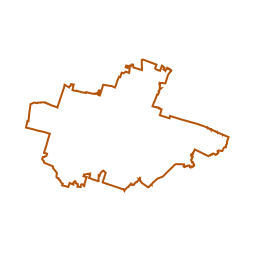 outline of Silao de la Victoria, Guanajuato, Mexico, rotated 102°
{"feature_id": "50627088B90006920351190", "entity_name": "Silao de la Victoria", "entity_type": "district", "adm_level": 2, "iso_a3": "MEX", "parent_name": "Mexico", "parent_adm1": "Guanajuato", "projection": "albers", "projection_center": [-101.426, 20.976], "detail": "fine", "context": "isolated", "style": "outline", "palette": "amber", "viewbox_px": 256, "rotation_deg": 102, "n_neighbors": 0, "source": "geoboundaries", "source_scale": "gbopen_adm2", "svg_char_len": 5588}
<svg xmlns="http://www.w3.org/2000/svg" viewBox="0 0 256 256"><g transform="rotate(102 128 128)"><path d="M136.0,36.5L135.2,35.8L134.8,35.7L134.6,35.2L134.2,35.1L134.0,34.7L133.5,34.6L133.3,34.5L133.1,34.5L132.4,35.1L132.2,35.4L131.9,35.6L131.2,34.9L130.9,31.0L127.1,30.0L126.5,29.3L126.6,28.4L125.7,28.2L124.6,28.5L124.1,28.5L123.2,28.1L122.4,28.0L121.6,28.2L120.0,28.4L119.6,28.2L116.8,27.7L116.2,28.0L116.0,27.9L114.8,33.8L115.0,33.9L114.8,34.0L113.8,38.9L114.2,39.2L113.9,39.5L113.7,39.5L113.2,40.0L113.4,40.2L113.5,40.2L113.4,41.2L113.2,41.3L113.2,41.5L113.0,41.9L113.1,42.2L112.2,46.1L111.8,46.3L111.9,46.5L112.1,46.5L111.8,46.7L111.8,47.0L112.0,47.0L111.9,47.3L112.1,47.5L112.0,47.8L111.8,47.8L111.6,48.8L111.8,49.5L111.3,49.6L111.3,50.0L110.7,50.6L111.2,51.3L110.6,53.2L110.3,53.3L110.5,53.3L110.6,53.5L110.3,55.0L110.1,58.2L109.8,59.1L109.5,63.1L108.5,78.7L107.5,89.3L109.9,89.4L108.9,99.5L102.8,99.0L102.5,101.6L101.8,101.5L101.6,104.0L102.0,104.0L101.7,108.5L97.7,108.0L97.4,107.8L95.4,107.4L89.2,106.5L89.2,106.0L89.2,105.6L87.8,105.4L86.2,104.9L85.6,105.8L84.5,105.3L84.4,105.3L82.2,103.8L82.6,105.2L79.0,105.7L78.9,106.4L77.2,106.5L76.6,100.7L68.6,100.0L67.8,99.8L66.0,99.2L63.7,97.9L63.5,98.2L62.5,97.7L62.0,98.6L61.9,100.8L61.4,100.5L60.9,102.2L64.4,103.3L64.0,103.8L63.9,104.1L63.5,104.0L63.1,105.5L61.4,104.9L60.9,105.9L60.8,106.3L60.6,106.3L60.0,107.8L65.3,108.5L65.1,109.5L65.4,109.8L65.0,111.3L64.7,113.2L63.9,113.9L60.1,113.3L57.9,127.6L58.6,128.7L68.4,126.4L67.7,135.2L64.9,136.3L65.0,137.1L65.9,137.0L66.3,138.8L67.4,138.4L67.3,142.7L69.1,142.9L69.6,138.7L73.9,138.4L73.7,139.2L73.3,139.0L73.6,140.1L73.3,141.9L75.4,143.6L75.2,145.7L79.8,146.2L79.6,147.3L83.1,148.1L91.1,149.1L90.4,152.5L90.9,161.2L102.0,162.3L102.0,163.4L101.3,163.3L101.3,164.0L97.2,163.7L97.3,164.4L100.5,164.7L100.5,166.0L101.2,166.1L101.2,167.6L101.6,167.6L101.8,169.8L101.8,172.8L101.6,176.4L102.5,176.5L102.6,180.3L102.4,183.9L102.4,185.8L102.3,186.0L102.5,186.1L102.6,188.7L102.4,190.2L96.8,190.2L96.9,192.1L97.2,192.1L97.2,193.0L99.0,193.0L99.8,194.2L100.5,194.2L98.9,199.0L100.9,198.9L121.9,201.3L122.6,201.3L122.5,201.5L121.6,208.7L121.0,210.8L120.9,211.1L121.1,211.1L120.5,214.2L120.2,214.2L120.4,215.8L121.2,218.8L121.4,218.9L121.9,221.5L122.5,221.8L122.7,223.5L122.5,224.9L125.0,228.3L134.7,227.6L136.7,227.3L142.1,226.8L142.0,227.8L148.8,227.9L148.9,222.4L149.3,215.9L149.3,209.8L149.9,203.3L156.6,203.9L158.6,204.0L164.1,204.4L164.1,204.5L169.8,205.0L169.9,204.4L169.7,204.0L170.0,201.8L172.3,202.0L173.1,203.2L173.3,203.8L173.9,203.9L174.1,205.3L176.3,205.5L176.5,205.4L176.5,205.1L177.5,204.2L178.2,203.1L179.4,202.8L181.1,193.5L182.6,193.2L186.6,188.3L187.2,188.2L187.4,188.2L187.6,188.1L187.9,188.2L188.2,188.0L188.9,188.1L191.2,187.6L191.4,187.2L191.5,185.5L191.9,185.4L192.2,185.4L192.7,185.2L192.8,184.7L193.0,184.4L193.2,183.6L194.7,182.7L194.9,182.2L195.1,182.2L195.7,181.2L196.1,180.2L197.8,180.5L197.9,179.1L197.9,176.8L198.1,174.2L193.9,173.6L194.1,172.6L194.3,172.5L194.3,171.9L194.7,169.9L193.8,170.3L193.4,170.3L193.2,170.1L192.5,169.9L192.2,169.3L192.0,169.5L191.9,169.5L191.4,169.2L191.0,168.8L191.0,168.6L191.2,168.4L191.6,168.2L191.9,167.8L193.0,167.7L193.1,166.5L193.1,165.7L193.3,165.3L194.8,165.3L195.2,165.4L195.9,165.3L195.8,164.1L195.7,163.6L195.6,162.5L195.5,162.0L194.9,162.2L194.1,162.2L193.7,162.2L192.7,161.8L192.6,160.6L192.8,160.1L192.9,159.8L193.2,159.6L193.7,159.4L193.9,158.7L191.4,158.9L185.7,158.5L184.6,158.2L184.5,161.5L182.7,161.3L180.5,155.8L181.5,155.9L181.6,155.4L184.0,155.6L183.9,155.5L184.9,155.6L185.6,151.9L186.2,145.9L186.0,145.7L184.4,146.1L180.3,146.9L180.6,145.8L179.3,145.7L177.7,145.4L175.3,144.0L174.8,143.3L176.5,140.5L183.0,141.2L186.5,141.5L188.6,123.0L188.7,122.5L189.0,120.8L188.8,120.6L188.7,119.7L189.1,119.3L189.5,119.1L190.2,118.5L189.3,118.3L186.5,116.6L185.8,115.7L185.3,115.5L185.2,115.1L183.6,114.6L182.9,114.0L181.9,113.6L182.9,112.8L182.9,112.5L182.7,112.2L182.4,112.0L182.6,111.7L182.4,111.6L182.4,111.4L182.6,111.0L182.5,110.6L182.2,110.4L181.6,110.3L181.4,110.0L180.5,109.8L179.4,109.0L179.4,108.5L179.0,108.0L178.5,108.0L177.0,106.9L175.8,106.6L175.0,105.9L175.4,105.9L175.3,106.0L175.7,106.0L175.9,105.5L176.1,105.5L175.9,106.4L176.2,106.1L176.5,106.0L176.6,105.5L177.1,105.2L177.2,104.8L177.6,104.6L177.9,103.9L178.2,103.8L178.5,103.5L178.9,102.9L180.9,98.2L181.8,96.0L181.7,95.8L181.4,95.7L181.3,95.3L179.5,94.3L179.0,93.9L178.5,93.7L178.5,93.4L178.7,93.1L178.2,93.2L177.7,92.9L176.6,92.4L171.5,88.7L168.2,83.8L159.7,78.3L157.2,76.5L155.1,75.3L153.4,73.8L151.9,65.6L152.5,65.4L152.9,65.5L153.0,65.6L153.8,65.6L153.7,65.2L154.5,64.7L154.1,64.0L153.8,63.6L153.2,63.3L153.1,62.8L152.9,62.4L153.0,62.0L152.9,61.8L152.3,61.5L152.2,61.2L152.0,60.5L151.9,60.3L151.8,60.1L152.4,59.5L152.9,59.3L153.4,59.3L153.7,58.4L153.4,58.2L152.8,58.2L152.1,57.3L151.4,57.2L152.1,57.0L152.5,56.5L151.9,56.2L151.2,56.1L151.3,55.8L151.3,55.6L151.0,55.5L150.7,55.5L150.3,56.0L149.9,56.0L149.4,56.2L149.2,56.8L148.0,57.3L147.8,57.8L147.9,58.3L148.0,58.4L147.5,58.7L147.4,58.9L147.0,59.0L146.1,59.6L145.5,59.6L145.2,59.2L144.6,59.0L143.8,59.2L143.5,59.2L143.2,59.0L143.1,58.8L142.4,58.7L142.1,59.2L142.1,59.3L142.5,59.7L142.3,60.2L142.0,60.5L141.7,60.5L141.4,60.8L140.5,60.7L140.4,60.1L140.5,60.0L140.5,59.6L139.8,59.0L139.6,59.0L138.8,59.4L138.7,59.4L138.4,59.2L138.2,58.9L135.1,58.2L138.8,43.7L137.7,42.4L137.9,42.4L137.8,41.9L137.7,41.9L137.6,41.6L137.0,41.3L136.9,41.4L136.3,40.8L136.4,40.7L136.4,40.2L135.6,40.0L135.2,39.5L135.3,38.7L135.8,38.0L135.5,37.6L136.0,36.5Z" fill="none" stroke="#b45309" stroke-width="2"/></g></svg>